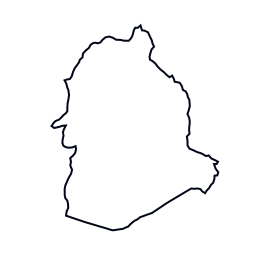 the district of Petrolândia, Santa Catarina, Brazil, rotated 167°
{"feature_id": "56859067B13644599317912", "entity_name": "Petrolândia", "entity_type": "district", "adm_level": 2, "iso_a3": "BRA", "parent_name": "Brazil", "parent_adm1": "Santa Catarina", "projection": "natural_earth1", "projection_center": [-49.688, -27.554], "detail": "fine", "context": "isolated", "style": "outline", "palette": "ink", "viewbox_px": 256, "rotation_deg": 167, "n_neighbors": 0, "source": "geoboundaries", "source_scale": "gbopen_adm2", "svg_char_len": 2094}
<svg xmlns="http://www.w3.org/2000/svg" viewBox="0 0 256 256"><g transform="rotate(167 128 128)"><path d="M65.9,152.7L66.1,156.8L67.4,160.4L69.8,161.6L72.1,162.5L72.3,165.7L73.2,169.1L76.0,168.1L78.2,170.7L80.5,174.4L83.2,177.7L85.4,181.3L86.9,184.8L89.0,187.6L91.2,189.7L91.0,192.6L89.6,195.4L87.4,199.2L84.3,201.4L85.1,205.0L85.1,207.9L86.2,212.8L87.0,216.8L90.1,219.2L92.4,220.0L92.7,225.1L96.0,223.4L98.4,224.1L100.3,221.9L102.0,218.6L103.5,216.2L105.3,214.4L107.7,212.8L110.2,213.5L112.6,214.1L115.6,215.6L119.6,216.6L122.4,219.3L125.7,221.3L129.5,221.4L132.6,219.9L135.6,217.6L138.3,217.3L140.5,218.4L142.9,218.6L145.8,217.4L148.2,214.7L151.7,213.1L155.1,210.7L156.5,207.0L159.5,205.4L161.0,203.0L163.8,200.5L166.6,198.1L168.8,195.2L171.2,191.0L173.7,188.8L176.2,189.0L179.1,188.7L178.1,185.1L178.1,181.7L177.6,178.0L178.0,173.4L179.7,169.1L181.3,165.6L182.4,161.9L183.4,157.9L185.4,156.3L187.9,155.1L190.1,153.6L193.1,151.7L197.0,151.1L199.5,149.6L202.0,147.1L199.9,144.6L194.7,144.6L191.0,144.9L188.0,144.4L190.8,141.1L192.4,138.3L192.5,135.1L194.3,131.4L195.3,128.1L194.9,125.2L193.0,123.4L190.5,122.2L186.8,121.6L183.2,122.1L183.4,119.1L185.0,115.7L187.8,113.4L191.1,111.6L191.1,108.2L192.7,104.3L191.9,99.9L193.7,96.3L195.6,94.3L198.0,91.6L200.1,88.6L201.8,86.4L203.4,83.0L204.0,80.2L204.8,76.6L204.8,73.6L203.5,71.1L203.5,67.7L204.2,63.6L206.6,60.4L208.1,56.5L190.9,45.9L175.7,37.3L172.1,35.3L168.4,33.1L165.7,31.7L155.5,30.9L152.9,31.5L150.0,31.9L147.3,33.7L144.8,35.1L142.3,36.2L139.2,36.9L136.5,38.3L128.3,39.3L123.7,39.8L107.2,46.1L86.4,52.8L79.9,54.8L77.0,53.8L74.1,53.5L71.2,52.2L69.9,49.5L67.6,47.2L65.2,49.5L62.5,51.2L60.1,53.8L57.2,55.6L55.4,58.7L54.3,62.1L51.7,61.7L50.0,64.6L51.8,68.8L52.3,73.5L49.7,73.0L47.9,74.9L50.4,77.1L53.7,79.6L55.5,83.1L58.3,83.1L60.5,85.2L63.0,87.3L65.8,88.8L67.9,90.5L70.1,92.2L72.8,94.1L73.9,97.8L72.9,102.2L72.6,106.4L69.3,108.6L69.0,112.0L68.2,114.9L67.0,118.1L66.3,121.0L66.1,124.1L66.9,128.3L64.7,131.8L62.8,135.6L62.3,138.9L61.9,141.9L62.7,144.4L62.7,147.7L63.5,150.6L65.9,152.7Z" fill="none" stroke="#020617" stroke-width="2"/></g></svg>